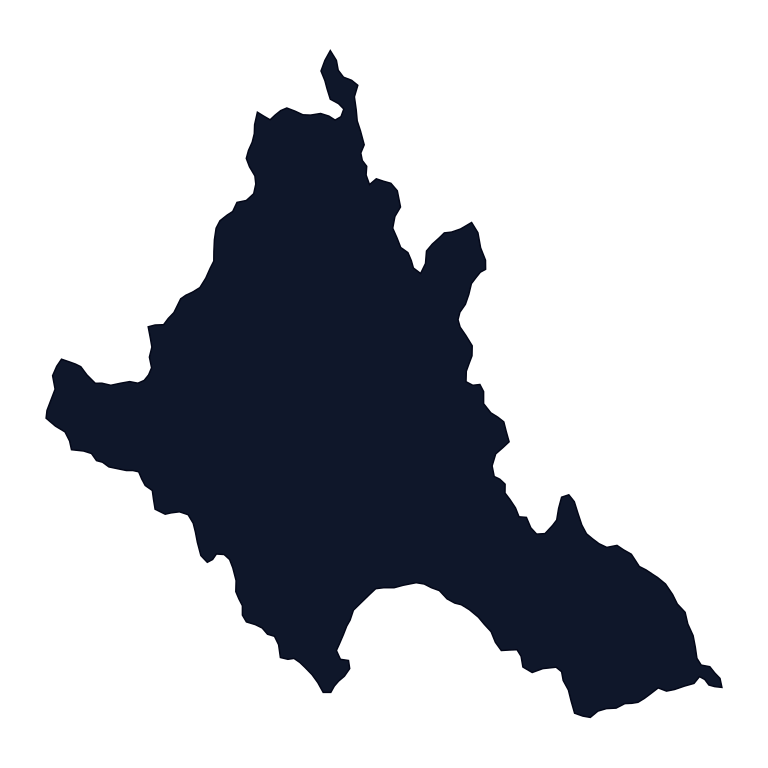 the district of Dores de Guanhães, Minas Gerais, Brazil
{"feature_id": "56859067B7417265960826", "entity_name": "Dores de Guanhães", "entity_type": "district", "adm_level": 2, "iso_a3": "BRA", "parent_name": "Brazil", "parent_adm1": "Minas Gerais", "projection": "equal_earth", "projection_center": [-42.922, -19.035], "detail": "fine", "context": "isolated", "style": "filled", "palette": "ink", "viewbox_px": 768, "rotation_deg": 0, "n_neighbors": 0, "source": "geoboundaries", "source_scale": "gbopen_adm2", "svg_char_len": 3701}
<svg xmlns="http://www.w3.org/2000/svg" viewBox="0 0 768 768"><path d="M617.0,545.4L606.8,547.4L599.0,543.7L592.5,538.8L586.5,533.8L581.8,525.0L577.8,512.9L574.3,501.7L568.8,494.8L561.6,497.2L558.6,508.4L556.7,520.0L552.6,525.4L545.0,533.6L536.6,534.1L530.8,527.8L526.4,517.4L519.0,516.8L515.5,507.9L510.0,499.6L505.0,493.0L505.1,484.2L499.8,479.2L494.2,476.5L492.1,465.9L495.7,453.9L502.9,447.6L509.1,441.8L506.2,431.4L503.8,421.9L498.0,417.3L490.8,412.8L483.6,403.7L483.6,391.6L479.9,384.5L472.8,385.3L466.0,381.7L466.3,371.2L469.1,363.4L472.0,355.8L472.2,345.8L465.8,335.4L460.1,327.1L458.0,319.7L459.9,312.2L465.4,304.3L468.8,294.4L471.4,283.6L476.2,277.3L480.3,272.2L485.6,269.3L485.5,260.2L480.6,247.8L477.9,232.7L471.6,222.5L460.5,229.0L451.5,232.1L444.3,232.9L439.2,237.9L432.3,244.1L426.5,251.0L425.5,263.5L420.6,273.5L413.4,268.0L411.3,260.6L407.9,252.6L400.7,247.5L397.1,238.2L392.7,228.2L394.9,216.5L400.5,207.0L397.3,190.8L390.9,183.3L383.4,181.2L376.3,178.8L369.5,184.6L366.1,175.0L366.7,166.3L362.3,160.5L360.8,153.0L364.2,144.8L360.5,131.0L357.2,120.9L356.2,109.8L354.4,96.8L357.8,85.3L351.6,80.3L343.5,77.2L338.2,70.2L336.4,60.4L330.3,50.6L324.9,60.4L321.0,71.0L324.9,80.6L327.1,88.9L330.3,99.2L338.5,103.6L343.8,109.0L341.0,116.7L335.1,120.1L328.9,116.1L320.6,113.5L310.6,115.1L302.9,114.8L294.9,111.1L286.8,108.0L280.7,110.6L275.1,115.1L270.1,119.8L263.7,116.1L257.4,112.2L254.6,124.7L254.3,133.7L252.2,142.2L248.5,150.4L246.3,158.4L249.5,166.8L254.9,175.9L255.8,184.1L253.7,193.7L246.3,200.5L237.0,202.4L232.7,211.5L227.4,214.9L220.0,220.7L216.1,228.2L214.4,239.8L213.9,251.5L213.8,261.1L210.2,268.2L205.8,278.1L199.9,287.6L192.4,292.2L185.9,295.2L180.7,298.8L177.6,305.1L173.9,312.6L168.3,318.4L163.6,324.7L155.1,325.0L148.2,326.8L150.4,338.3L151.9,347.1L149.4,357.1L151.6,367.8L148.6,374.9L144.2,380.4L137.9,383.2L129.7,381.6L120.7,383.2L110.8,385.3L101.9,383.2L95.3,383.3L86.9,374.9L80.8,366.7L75.5,364.1L69.7,362.0L61.5,359.2L56.7,366.3L52.6,375.7L55.1,389.2L51.0,399.9L47.0,410.4L46.1,418.2L55.4,426.1L65.0,431.9L69.6,441.0L71.5,449.7L83.6,451.0L91.5,453.5L96.5,460.6L102.5,462.2L108.9,466.9L118.0,468.8L126.3,470.5L132.8,470.5L138.7,471.8L141.7,478.9L145.2,485.5L152.3,490.5L153.5,499.3L155.1,509.2L165.2,514.2L170.9,512.9L179.5,511.8L188.1,514.7L193.2,523.2L195.4,532.0L197.4,542.4L200.9,555.6L207.3,562.3L212.6,559.5L216.4,554.0L224.1,554.5L229.6,559.5L232.8,567.8L236.1,580.6L235.8,591.6L238.9,598.9L242.4,605.7L242.4,615.1L246.4,621.9L255.3,624.6L262.2,628.0L267.5,634.2L274.5,636.3L278.6,644.7L280.4,657.5L287.9,659.3L294.0,658.4L299.9,662.5L305.1,667.5L312.0,674.6L317.8,682.6L323.2,692.4L330.8,692.4L334.3,686.1L338.6,681.1L344.4,676.2L349.7,668.6L348.5,660.5L340.4,659.3L336.4,650.5L339.4,643.9L343.4,634.6L346.7,626.1L350.1,620.1L353.4,610.2L362.0,601.8L369.2,594.8L375.7,588.7L383.8,587.7L394.2,587.7L403.0,585.3L409.5,584.0L416.2,582.7L424.2,584.0L431.4,587.7L439.4,590.6L447.1,598.9L454.8,603.1L461.3,604.7L469.4,609.7L478.4,617.2L484.3,624.3L491.1,631.7L495.4,642.3L501.3,650.5L509.7,650.0L517.0,649.7L521.1,656.3L522.9,667.0L532.2,672.5L542.8,668.6L556.1,667.2L561.6,671.7L563.2,680.5L568.4,690.0L571.1,700.9L574.6,713.2L582.9,716.1L590.3,717.4L597.9,711.1L606.4,708.6L616.1,708.1L624.8,703.6L631.8,703.3L638.0,702.3L644.5,698.3L651.3,693.2L658.2,687.9L666.5,691.1L674.5,689.5L684.4,686.1L694.0,683.4L699.5,676.6L704.8,679.5L708.9,685.0L714.7,686.6L721.9,687.4L720.0,678.4L714.8,673.0L709.8,666.7L701.2,665.1L696.9,658.3L695.3,647.1L693.1,635.6L687.8,624.0L685.1,612.3L677.3,604.0L672.6,594.5L665.5,584.0L657.8,577.7L652.3,574.1L646.0,569.9L639.3,566.5L635.3,560.3L631.3,554.2L623.5,549.8L617.0,545.4Z" fill="#0f172a" stroke="#020617" stroke-width="1.5"/></svg>